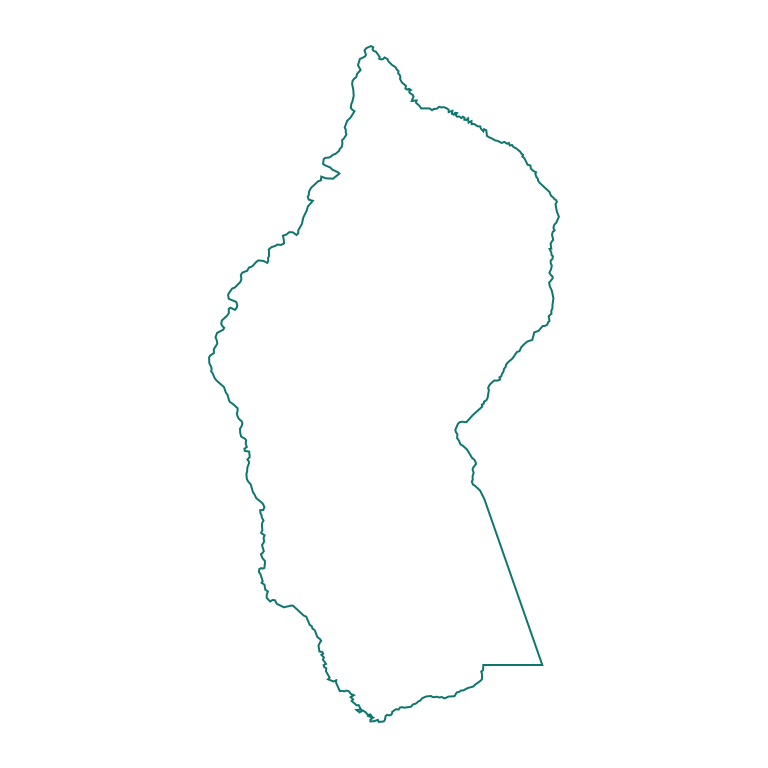 outline of Santa Filomena, Piauí, Brazil
{"feature_id": "56859067B19704876429785", "entity_name": "Santa Filomena", "entity_type": "district", "adm_level": 2, "iso_a3": "BRA", "parent_name": "Brazil", "parent_adm1": "Piauí", "projection": "albers", "projection_center": [-45.687, -8.973], "detail": "fine", "context": "isolated", "style": "outline", "palette": "teal", "viewbox_px": 768, "rotation_deg": 0, "n_neighbors": 0, "source": "geoboundaries", "source_scale": "gbopen_adm2", "svg_char_len": 6083}
<svg xmlns="http://www.w3.org/2000/svg" viewBox="0 0 768 768"><path d="M328.0,679.3L333.5,681.5L336.2,680.3L336.1,682.8L339.8,691.1L342.2,690.8L344.2,691.4L346.3,690.6L348.6,691.1L351.0,694.0L353.8,695.2L350.6,697.1L353.1,699.4L351.6,701.0L356.8,705.4L358.6,705.1L360.9,709.4L356.5,710.0L359.6,712.4L362.7,710.4L365.9,712.5L367.9,715.0L370.3,714.4L371.4,715.9L369.4,716.5L373.1,717.7L370.4,719.6L370.4,721.4L374.0,721.2L377.9,719.9L378.7,721.9L381.7,721.7L383.8,721.4L384.9,719.8L385.6,716.2L387.1,714.8L388.9,715.4L390.9,714.9L391.9,713.7L392.3,711.8L395.8,709.3L398.7,709.5L400.0,707.5L402.1,707.2L404.2,707.7L410.9,706.8L412.9,704.5L416.2,703.4L418.2,701.5L419.8,701.0L422.2,698.2L426.1,696.5L431.0,696.0L432.5,697.0L434.3,697.2L436.9,696.7L439.3,697.5L441.8,697.0L444.1,698.3L446.2,697.8L448.2,696.6L454.5,696.2L456.7,692.5L459.3,691.8L460.8,690.6L463.3,690.4L467.6,688.1L473.3,686.5L474.8,684.9L480.7,680.7L482.1,678.9L482.0,673.9L481.2,671.7L483.1,670.1L483.3,665.0L542.3,665.0L484.4,499.2L480.1,490.6L475.3,486.0L473.0,484.6L471.8,481.6L472.7,479.9L472.6,476.1L473.7,472.7L472.6,469.9L472.9,468.0L476.1,463.8L475.2,461.2L474.1,459.5L472.0,457.8L466.9,449.4L462.8,445.7L460.5,444.4L458.7,440.2L457.1,438.2L457.4,434.3L455.9,432.1L455.3,429.9L458.0,423.7L459.4,422.4L462.1,421.7L466.4,422.2L472.6,415.3L482.3,406.5L481.8,404.7L483.8,403.6L484.0,401.7L486.3,400.3L487.5,398.2L488.9,390.0L488.1,388.2L489.0,385.8L490.8,383.5L494.2,380.5L497.6,380.6L500.1,379.5L499.4,377.4L501.3,376.4L501.8,374.1L503.3,372.0L504.1,368.7L505.5,367.2L506.1,364.6L507.9,362.4L512.6,358.3L516.8,352.1L519.5,351.1L521.2,347.3L523.9,344.5L527.1,341.6L532.3,339.9L534.3,332.3L538.5,330.9L542.6,326.1L544.9,325.9L547.2,324.8L548.1,322.3L549.5,320.9L548.7,316.2L551.5,313.6L551.2,311.2L552.5,308.0L552.4,305.7L553.4,298.2L551.8,290.6L549.8,286.2L549.1,282.8L552.7,278.3L552.5,276.4L550.9,275.2L549.4,272.8L551.1,269.1L551.8,265.5L550.7,263.2L550.7,260.4L552.3,259.3L552.9,256.3L551.6,255.0L551.3,252.5L549.6,248.9L551.3,248.7L550.6,244.0L551.6,241.7L553.2,239.9L552.0,234.6L552.8,231.7L554.6,230.5L553.6,228.6L553.6,226.7L554.4,224.6L556.3,222.6L558.9,216.7L556.9,211.7L555.5,204.3L556.9,201.7L556.1,200.1L554.5,199.2L553.4,197.7L550.8,195.5L549.7,192.2L539.6,182.8L538.1,180.6L537.8,178.7L536.4,177.0L535.3,173.8L536.1,172.3L533.6,171.1L530.9,168.7L530.3,165.4L527.6,164.8L524.5,158.4L522.3,156.5L523.1,154.8L521.4,153.7L520.4,151.9L516.6,148.6L513.3,146.9L512.0,145.0L509.8,145.5L508.9,143.0L507.2,143.8L504.3,141.9L501.7,143.0L497.7,140.9L495.0,140.4L492.9,139.0L489.1,137.3L486.9,135.8L486.3,130.3L484.1,129.2L483.3,131.3L480.9,128.6L480.2,126.4L477.6,126.3L474.2,124.0L471.6,124.2L471.5,121.1L468.6,122.6L468.0,118.4L466.3,120.0L464.3,119.7L464.6,117.9L462.9,116.7L461.5,118.1L459.5,116.6L456.9,116.6L455.7,115.0L457.0,113.1L455.1,112.9L453.7,114.6L452.0,113.9L452.4,110.8L448.7,112.1L448.6,109.7L446.7,108.3L444.0,107.2L441.4,107.4L439.1,106.8L436.8,108.7L433.7,109.0L432.0,110.2L429.6,108.4L421.1,108.4L419.6,106.0L416.0,102.7L416.6,100.4L411.7,101.0L413.5,96.4L412.7,94.9L409.6,92.9L409.2,91.1L410.9,90.0L409.1,88.8L406.9,89.6L405.4,88.4L405.9,85.8L401.9,82.5L400.0,78.8L400.4,77.2L399.7,74.9L398.2,73.5L398.5,71.1L396.9,69.6L395.6,67.3L392.1,65.0L388.3,61.2L387.4,59.0L384.7,57.5L382.9,59.1L381.0,59.4L379.2,58.7L379.7,56.9L375.8,51.6L373.8,51.0L372.6,49.7L373.2,47.2L370.9,46.1L366.4,48.1L364.5,50.4L366.0,54.9L365.0,56.5L359.8,59.1L358.0,65.2L360.6,70.0L357.3,73.6L356.2,77.2L354.1,78.7L352.6,80.8L352.1,83.9L353.3,89.7L353.7,95.9L352.3,101.9L351.3,103.9L350.8,107.9L352.2,109.7L354.5,111.2L350.7,117.4L347.2,120.8L344.7,127.5L345.8,129.8L345.8,132.5L346.4,134.6L343.8,138.6L342.1,140.1L342.4,143.8L341.9,146.6L339.6,149.3L339.0,150.9L335.5,153.9L333.3,154.6L329.7,157.4L325.3,157.9L323.7,159.1L323.1,163.9L324.6,165.1L330.1,167.4L332.3,169.6L337.8,172.2L339.4,173.6L333.0,178.7L325.8,178.3L321.3,176.6L320.9,180.4L318.3,181.1L311.0,187.9L309.1,191.5L308.7,195.1L307.8,196.8L308.7,199.6L312.8,200.8L307.8,206.6L306.7,210.5L303.3,217.5L301.9,224.0L298.3,230.2L298.2,233.4L296.5,235.0L293.0,232.4L289.4,232.1L286.4,234.5L282.9,235.7L283.8,239.8L284.0,243.4L281.2,244.9L277.3,244.6L275.3,245.9L271.4,247.2L268.8,249.4L269.1,255.9L268.0,258.3L268.3,261.0L267.3,262.9L263.7,261.0L258.4,260.4L256.5,261.7L252.7,265.9L250.8,267.1L249.1,267.4L247.1,270.8L242.3,272.6L240.8,275.1L241.4,279.1L240.4,281.9L234.9,287.5L232.2,288.5L228.6,293.5L228.1,295.2L228.8,298.8L236.3,302.0L237.3,305.4L236.8,307.6L235.0,309.9L230.4,307.7L228.8,308.8L228.8,313.2L226.8,316.0L221.9,320.4L221.2,323.8L222.5,326.3L224.2,327.8L223.2,329.7L217.1,332.9L215.5,337.2L216.8,340.4L217.3,343.7L213.8,349.2L213.9,353.1L210.3,355.4L209.1,357.3L209.3,363.2L211.3,367.2L211.6,368.9L211.2,371.4L212.5,373.0L214.7,378.2L216.7,380.7L224.0,387.1L225.8,392.4L227.6,395.0L229.0,400.4L230.0,402.0L232.8,403.9L237.6,408.2L237.6,410.9L236.8,413.9L238.2,417.8L239.2,419.2L241.6,421.2L242.4,423.1L241.8,425.8L240.0,428.7L240.2,432.9L241.2,436.6L245.2,438.9L246.1,440.3L245.7,443.7L246.8,447.0L244.4,448.8L244.8,450.9L249.2,451.6L249.7,457.2L247.4,459.5L248.8,461.4L249.1,463.0L247.4,467.4L247.1,471.7L246.4,473.8L246.8,478.8L248.0,481.3L250.7,484.4L253.0,492.4L254.3,494.0L256.2,498.1L262.6,503.4L264.4,507.0L263.3,510.0L260.2,510.2L260.5,513.3L261.5,515.1L261.8,517.5L263.5,520.5L262.2,523.0L261.9,525.5L262.4,530.1L261.1,532.9L264.6,535.3L263.6,537.7L264.1,541.7L262.0,545.1L263.8,551.2L262.4,553.1L260.9,554.2L262.6,558.4L264.9,560.9L264.9,563.1L264.4,567.9L262.8,568.6L261.0,568.1L259.3,569.1L258.9,572.0L260.3,573.8L262.7,581.1L261.6,582.8L264.4,584.6L265.3,589.7L267.9,591.4L266.7,594.9L266.7,597.9L270.1,601.5L272.5,600.0L274.9,600.2L276.8,603.8L283.9,607.3L291.4,605.5L293.1,605.8L303.6,615.5L306.3,616.7L309.7,624.9L311.7,626.1L312.5,628.7L314.3,629.8L315.2,631.2L317.3,637.0L319.8,638.9L321.2,640.9L320.1,642.2L318.5,645.6L319.4,651.5L322.2,652.0L323.2,653.7L321.4,654.9L323.9,657.4L322.9,659.6L326.0,663.9L323.6,665.1L324.3,667.2L326.3,668.3L325.9,671.2L329.6,677.6L328.0,679.3Z" fill="none" stroke="#0f766e" stroke-width="2"/></svg>